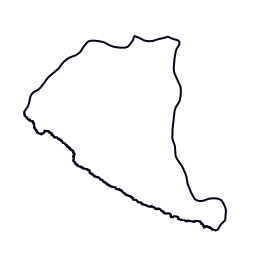 La Cienaga, Barahona, Dominican Republic, rotated 95°
{"feature_id": "3306468B5550416760665", "entity_name": "La Cienaga", "entity_type": "district", "adm_level": 2, "iso_a3": "DOM", "parent_name": "Dominican Republic", "parent_adm1": "Barahona", "projection": "natural_earth1", "projection_center": [-71.101, 18.096], "detail": "fine", "context": "isolated", "style": "outline", "palette": "ink", "viewbox_px": 256, "rotation_deg": 95, "n_neighbors": 0, "source": "geoboundaries", "source_scale": "gbopen_adm2", "svg_char_len": 5850}
<svg xmlns="http://www.w3.org/2000/svg" viewBox="0 0 256 256"><g transform="rotate(95 128 128)"><path d="M33.6,96.2L35.3,100.5L36.9,105.7L39.2,111.2L39.7,114.5L39.6,117.8L39.2,119.9L36.9,125.4L35.9,129.6L40.5,130.9L45.9,134.3L47.2,135.5L48.3,138.3L48.7,143.8L48.3,149.4L47.5,152.7L44.8,159.2L44.1,163.7L43.9,168.2L44.1,171.5L44.6,173.5L45.4,175.3L46.8,176.5L51.2,179.5L56.3,182.1L57.7,183.3L60.1,186.4L62.8,192.1L64.8,194.8L67.1,197.2L69.6,199.2L74.7,202.2L83.2,210.7L85.6,212.7L90.7,215.6L96.7,219.7L97.9,221.1L100.3,224.9L102.4,226.8L105.1,227.9L112.0,228.8L114.9,229.5L121.0,232.8L122.4,232.8L122.4,232.3L124.0,232.3L124.0,231.9L125.1,231.9L125.9,230.0L126.7,230.0L126.7,229.6L127.1,229.6L127.1,229.1L127.9,228.7L127.9,227.7L128.3,227.7L128.3,227.3L128.7,227.3L128.7,226.4L129.1,226.4L129.1,225.9L129.4,225.9L129.4,223.6L130.6,223.6L130.6,223.1L131.0,223.1L131.0,222.7L131.4,222.7L131.4,222.2L132.6,222.2L132.6,221.7L135.3,221.7L135.3,221.3L136.1,221.3L136.1,220.8L136.9,220.8L137.3,219.9L138.0,219.9L138.0,219.4L138.4,219.4L138.4,219.0L138.8,219.0L138.8,218.5L139.6,218.5L139.6,218.1L140.4,218.1L140.4,217.1L141.2,216.7L141.2,214.8L141.6,214.8L141.9,213.9L141.6,213.9L141.6,213.4L140.8,213.0L140.8,212.1L140.4,212.1L140.0,211.1L138.8,211.1L138.8,210.7L138.0,210.7L138.0,209.8L138.4,209.8L138.4,208.8L138.0,208.8L138.0,207.5L138.4,207.5L138.4,206.1L139.2,206.1L139.2,205.6L139.6,205.6L139.6,203.8L140.8,203.8L140.8,203.3L141.6,203.3L141.6,202.8L141.9,202.8L141.9,201.9L142.3,201.9L142.7,201.0L143.5,201.0L143.5,200.1L143.9,200.1L143.9,199.2L143.5,199.2L143.5,198.2L143.9,198.2L143.9,197.3L144.7,196.9L144.7,195.9L145.1,195.9L145.1,195.5L145.5,195.5L145.5,194.5L145.9,194.5L145.9,193.6L146.6,193.6L146.6,192.7L147.4,192.7L147.8,191.8L148.2,191.8L148.2,191.3L148.6,191.3L148.6,189.9L149.4,189.5L149.4,189.0L150.2,188.6L150.2,188.1L150.5,188.1L150.5,187.6L150.9,187.6L150.9,187.2L151.7,187.2L151.7,186.3L152.1,186.3L152.1,185.3L152.5,185.3L152.5,184.9L153.3,184.9L153.3,183.9L153.7,183.9L153.7,183.5L154.4,183.5L154.4,183.0L154.8,183.0L154.8,182.1L155.2,182.1L155.2,181.2L155.6,181.2L155.6,180.7L156.4,180.7L156.4,180.3L157.6,180.3L157.6,179.8L158.0,179.8L158.0,179.3L158.8,179.3L158.8,178.9L159.5,178.9L159.5,179.3L160.3,179.3L160.3,179.8L161.1,179.8L161.1,180.3L161.5,180.3L161.9,179.3L164.2,179.3L164.2,179.8L165.0,179.8L165.0,179.3L165.8,179.3L165.8,178.9L166.6,178.4L166.6,178.0L167.4,178.0L167.7,177.0L168.5,177.0L168.5,176.1L168.9,176.1L168.9,175.7L169.3,175.7L169.3,175.2L169.7,175.2L169.7,174.7L170.5,174.3L170.5,172.0L170.9,172.0L170.9,171.0L171.3,171.0L171.3,170.1L171.6,170.1L171.6,169.2L172.4,169.2L172.4,165.5L172.8,165.5L172.8,164.6L173.2,164.6L173.2,163.7L173.6,163.7L173.6,162.7L174.4,162.7L174.4,162.3L175.9,162.3L175.9,161.8L176.3,161.8L176.3,160.9L176.7,160.9L176.7,160.0L177.1,160.0L177.1,159.5L177.5,159.5L177.5,158.6L177.9,158.6L178.3,157.7L178.7,157.7L178.7,157.2L179.1,157.2L179.1,156.3L179.5,156.3L179.5,154.0L179.9,154.0L179.9,152.6L180.6,152.1L181.0,151.2L181.8,151.2L181.8,149.8L182.2,149.8L182.2,148.9L182.6,148.9L183.0,148.0L183.4,148.0L183.4,147.5L183.8,147.5L183.8,147.1L184.1,147.1L184.1,146.1L184.5,146.1L184.5,145.2L185.3,144.8L185.3,144.3L185.7,144.3L185.7,143.8L186.1,143.8L186.1,142.9L186.5,142.9L186.5,142.0L186.9,142.0L186.9,141.1L187.3,141.1L187.3,140.2L187.7,140.2L187.7,138.8L188.1,138.8L188.1,136.0L188.4,136.0L188.4,135.1L189.2,135.1L189.2,134.6L190.0,134.2L190.0,132.3L189.6,132.3L189.6,131.9L190.0,131.9L190.0,130.9L190.4,130.9L190.4,130.0L190.8,130.0L190.8,129.1L191.2,129.1L191.2,128.6L191.6,128.6L192.0,127.7L192.4,127.7L192.7,126.8L193.1,126.8L193.1,125.9L193.5,125.9L193.9,124.9L194.3,124.9L194.3,124.5L194.7,124.5L194.7,123.1L195.1,123.1L195.1,122.2L195.5,122.2L195.5,120.3L195.9,120.3L195.9,119.4L196.3,119.4L196.3,118.5L196.6,118.5L196.6,118.0L197.0,118.0L197.0,117.6L197.4,117.6L197.4,117.1L197.8,117.1L197.8,116.7L198.6,116.7L198.6,116.2L199.0,116.2L199.0,113.4L199.8,113.0L199.8,112.5L200.6,112.0L200.6,111.6L201.0,111.6L201.0,108.8L201.3,108.8L201.3,108.4L201.7,108.4L201.7,107.9L202.1,107.9L202.1,107.0L202.9,107.0L202.9,104.7L203.3,104.7L203.3,102.8L204.1,102.4L204.1,100.5L204.5,100.5L204.5,98.7L204.1,98.7L203.7,97.8L204.1,97.8L204.1,97.3L204.5,97.3L204.5,95.4L204.9,95.4L204.9,94.5L205.6,94.1L205.6,93.6L206.4,93.6L206.4,92.2L206.0,92.2L206.0,91.3L205.6,91.3L205.6,89.9L206.0,89.9L206.0,89.0L206.8,88.5L207.2,87.6L207.6,87.6L207.6,86.7L208.0,86.7L208.0,85.8L208.4,85.8L208.4,85.3L209.1,85.3L209.1,84.8L209.5,84.8L209.5,83.9L209.9,83.9L209.9,81.2L209.5,81.2L209.5,78.9L210.3,78.4L210.3,77.9L211.9,77.9L211.9,77.5L212.7,77.5L212.7,77.0L213.1,77.0L213.1,76.1L212.7,76.1L212.7,75.2L211.9,74.7L211.9,71.5L212.3,71.5L212.3,70.6L212.7,70.6L212.7,70.1L214.2,70.1L214.2,69.2L214.6,69.2L214.6,66.9L215.0,66.9L215.0,63.2L215.8,62.7L215.8,61.3L215.4,61.3L215.4,60.0L215.0,60.0L215.0,59.0L215.4,59.0L215.4,54.9L215.8,54.9L215.8,54.4L215.4,54.3L215.4,53.5L215.0,53.5L215.0,52.6L214.6,52.6L214.6,48.4L215.0,48.4L215.0,48.0L215.4,48.0L215.8,47.0L216.2,47.0L216.2,46.6L217.0,46.6L217.0,45.7L217.4,45.7L217.7,44.7L218.5,44.7L218.5,44.3L219.3,44.3L219.7,43.4L220.5,43.4L220.1,42.4L219.7,42.4L219.7,42.0L218.9,42.0L218.9,40.1L219.7,39.7L219.7,37.8L220.5,37.8L220.5,36.4L220.9,36.4L221.3,35.5L221.7,35.5L221.7,34.6L222.0,34.6L222.0,31.8L222.4,31.7L221.5,29.8L216.0,27.1L211.5,23.2L202.4,23.2L200.2,23.6L196.7,25.2L193.0,27.6L191.7,28.9L190.6,32.0L190.4,34.3L190.7,37.9L191.5,41.4L193.9,46.7L194.5,49.8L194.2,52.9L192.9,55.4L187.0,59.4L178.5,63.7L171.0,65.7L168.4,66.9L161.7,70.6L154.3,76.7L151.5,78.2L141.9,79.7L135.8,82.5L133.7,83.0L125.8,83.5L107.4,83.1L103.1,82.2L98.2,79.6L96.2,78.9L91.9,78.4L86.4,78.5L82.2,79.4L69.8,86.3L66.9,87.3L63.6,87.7L54.4,87.7L47.7,87.1L45.6,86.7L40.8,84.4L39.3,84.1L37.7,84.4L37.1,84.9L36.3,86.1L35.1,91.8L33.6,96.2Z" fill="none" stroke="#020617" stroke-width="2"/></g></svg>